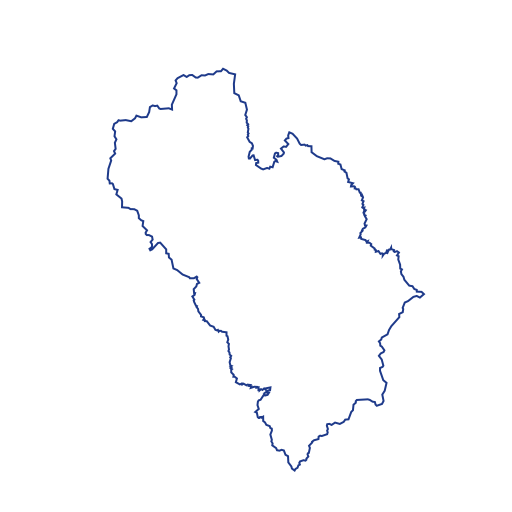 the district of Mae Taeng, Chiang Mai, Thailand, rotated 225°
{"feature_id": "78962969B22934256607694", "entity_name": "Mae Taeng", "entity_type": "district", "adm_level": 2, "iso_a3": "THA", "parent_name": "Thailand", "parent_adm1": "Chiang Mai", "projection": "robinson", "projection_center": [98.828, 19.19], "detail": "fine", "context": "isolated", "style": "outline", "palette": "blue", "viewbox_px": 512, "rotation_deg": 225, "n_neighbors": 0, "source": "geoboundaries", "source_scale": "gbopen_adm2", "svg_char_len": 6095}
<svg xmlns="http://www.w3.org/2000/svg" viewBox="0 0 512 512"><g transform="rotate(225 256 256)"><path d="M80.3,131.1L77.0,131.6L77.5,133.3L76.9,135.6L78.0,137.9L77.5,139.5L79.1,140.3L79.6,141.9L78.0,145.2L76.3,146.3L76.3,147.5L77.1,148.4L77.2,151.2L79.3,152.2L79.8,153.1L79.4,154.1L82.2,158.4L84.3,159.3L84.4,163.9L85.0,164.3L84.7,166.7L82.4,170.7L84.0,172.6L83.6,174.3L82.2,175.2L79.7,180.3L80.6,182.0L82.2,182.8L82.8,184.5L85.9,186.1L86.7,187.4L85.4,189.2L83.1,190.0L82.3,194.1L78.0,196.5L76.7,200.7L77.2,203.4L75.1,205.9L78.4,213.1L78.4,215.5L81.9,219.8L81.7,222.8L82.8,223.9L82.9,225.5L75.6,233.7L73.8,234.7L70.6,235.4L68.7,236.8L66.4,235.5L64.7,235.5L62.3,240.5L63.3,243.7L68.7,247.3L69.7,251.7L74.0,258.6L78.2,258.2L87.1,262.5L89.1,264.5L88.1,267.1L88.4,268.5L93.9,271.7L98.5,272.3L98.9,275.3L97.9,278.3L98.5,280.1L103.0,280.9L104.7,280.5L106.6,282.1L108.7,282.5L108.4,285.5L109.4,287.3L107.6,293.6L109.6,297.7L110.7,302.1L111.4,314.1L113.8,316.2L112.5,320.0L114.4,322.6L115.6,323.0L117.9,328.3L116.6,331.6L115.8,338.4L114.1,341.4L110.7,342.5L110.3,347.8L113.6,347.7L117.1,344.5L118.4,345.7L120.7,344.6L124.0,345.3L126.7,343.4L134.3,344.1L137.0,345.6L140.4,346.0L142.7,347.6L143.3,349.7L145.1,349.1L148.0,351.8L152.9,354.1L155.0,356.7L156.7,356.1L157.4,359.5L159.7,359.1L160.8,356.9L161.9,356.7L162.6,357.8L165.2,356.5L166.4,357.5L165.7,355.5L166.5,354.6L166.2,353.7L167.4,352.6L166.9,351.6L165.7,352.2L165.2,350.9L166.2,350.4L167.0,348.1L166.6,345.9L167.8,347.3L168.8,347.0L169.5,345.5L172.9,346.1L174.3,343.7L175.3,344.9L176.6,344.4L177.3,345.2L182.2,344.5L182.9,345.9L185.2,345.6L186.8,344.0L187.5,345.5L188.0,344.2L189.8,344.7L193.7,342.5L194.9,343.4L196.0,341.9L197.3,345.3L198.4,346.0L198.5,349.1L199.1,349.0L199.7,350.8L198.9,353.5L199.5,355.6L200.6,354.7L202.2,355.7L203.8,360.3L207.0,361.1L207.2,362.1L208.7,361.6L209.8,362.8L210.6,362.6L211.5,364.7L210.5,364.9L210.7,366.0L212.4,365.3L213.5,366.7L213.7,365.8L215.2,365.5L216.2,368.1L217.6,368.1L218.7,370.8L220.5,370.2L221.8,373.2L223.6,373.9L223.3,373.2L224.3,373.0L226.7,374.8L227.4,374.2L230.7,375.7L232.2,374.1L233.3,374.3L234.0,373.6L235.1,374.9L236.0,374.6L238.0,372.3L238.8,373.4L238.9,376.0L243.2,373.5L244.5,375.9L246.2,375.7L250.9,378.8L253.2,378.3L253.8,379.3L256.9,378.0L261.0,380.4L263.1,379.4L264.4,380.9L267.8,378.7L272.4,377.6L274.8,375.4L276.0,372.8L283.6,369.6L290.1,368.7L294.4,372.8L296.9,370.5L298.1,370.7L298.9,369.2L300.4,369.1L302.6,366.4L304.5,366.3L310.0,368.1L316.6,368.3L319.9,367.0L318.5,364.0L316.4,362.3L317.5,360.6L317.3,358.1L312.3,358.0L311.9,354.5L313.9,353.0L314.3,349.6L309.5,349.0L308.8,348.0L308.7,344.7L310.8,341.6L311.6,341.5L311.9,343.3L313.1,344.4L314.8,343.3L315.1,341.9L312.9,338.1L309.6,338.5L307.7,337.7L309.5,336.8L309.7,335.6L307.0,330.5L309.1,329.2L308.3,327.2L310.4,326.1L312.2,322.3L314.3,321.4L320.4,320.3L321.6,321.8L320.4,323.6L321.8,324.9L323.0,325.1L324.5,323.2L328.9,325.5L329.5,324.7L329.2,320.6L330.0,319.9L331.5,321.0L334.1,325.3L334.1,327.9L335.1,329.1L334.4,329.6L336.0,331.7L338.6,332.8L341.2,332.2L346.2,333.7L346.3,335.4L347.6,336.0L347.9,337.4L349.1,337.5L351.4,340.7L352.6,341.0L353.2,342.3L354.7,342.3L354.7,343.6L356.9,343.7L358.4,345.5L360.0,346.0L360.6,347.7L363.3,348.1L365.9,353.1L371.9,356.8L376.2,354.6L381.8,357.4L386.5,355.8L393.4,362.1L399.2,369.7L404.5,366.4L407.8,366.4L411.7,365.1L411.4,361.9L414.4,358.7L414.6,354.2L418.4,350.9L419.7,347.6L422.3,345.3L423.3,340.9L424.8,339.6L429.1,338.9L431.0,336.7L431.6,333.6L435.2,332.7L437.2,326.3L437.0,323.3L434.3,322.1L432.4,316.5L429.4,316.9L426.6,314.1L422.5,303.5L418.9,300.2L422.1,298.8L427.4,292.5L428.7,291.9L432.1,292.5L433.4,290.6L435.5,289.4L436.3,286.3L433.3,282.2L431.5,277.1L435.2,272.9L439.8,270.7L438.9,267.8L439.5,263.1L444.2,260.0L447.7,255.7L449.2,254.8L448.8,252.4L449.7,249.2L447.2,244.7L443.7,244.5L440.7,240.6L437.2,239.8L435.9,236.3L431.0,232.5L430.6,229.8L428.0,228.8L428.1,222.1L425.9,221.1L422.0,213.3L415.6,205.7L412.9,205.6L410.7,203.9L409.2,205.6L408.1,205.7L403.4,203.2L400.6,204.9L398.3,200.8L391.7,201.5L389.2,199.9L385.2,195.7L380.2,199.9L377.9,200.4L375.2,203.0L372.0,204.0L367.6,201.9L365.6,199.9L362.4,200.1L360.4,201.0L357.4,197.0L351.2,197.1L350.6,194.5L349.5,193.6L348.0,193.6L346.5,195.1L343.2,196.2L340.7,194.5L340.4,191.3L338.1,190.9L336.4,189.5L336.0,188.1L336.4,185.8L334.8,185.3L334.1,187.3L334.5,195.9L333.2,197.7L324.2,197.2L321.4,194.4L319.3,195.8L316.5,193.4L313.1,193.7L305.6,188.8L301.8,190.3L294.8,191.0L288.2,193.8L287.0,193.5L284.2,196.3L283.4,199.5L282.5,199.5L281.7,197.8L277.2,196.9L278.0,194.5L276.7,192.3L276.6,188.5L273.4,185.9L272.8,186.6L271.9,185.0L272.4,182.4L268.7,181.5L268.7,180.6L267.3,179.8L263.3,178.4L262.3,178.8L262.0,177.9L259.6,177.6L257.6,176.1L253.2,175.5L252.2,174.4L249.6,175.7L248.5,175.2L248.1,173.6L246.7,174.5L246.1,173.8L244.7,175.1L239.3,174.4L235.9,176.0L232.5,175.1L231.0,175.8L230.7,176.8L228.9,176.1L228.9,177.3L227.8,178.3L226.5,178.4L222.9,181.2L220.5,178.8L219.4,179.1L216.5,177.2L215.3,174.7L213.0,174.7L211.6,172.7L209.0,170.8L208.3,169.3L206.5,169.0L205.0,167.7L202.9,167.8L202.6,166.1L201.5,166.0L199.6,162.3L196.8,160.5L195.5,161.0L195.7,159.5L194.5,159.7L194.5,158.7L193.0,159.0L193.1,158.0L191.2,156.2L187.8,156.2L186.6,154.7L186.0,155.5L182.9,155.9L181.0,152.5L176.6,153.8L175.9,155.8L174.9,155.3L174.6,156.9L171.3,157.8L171.1,159.0L168.9,160.7L168.9,159.3L167.1,160.6L166.4,159.1L164.7,162.4L162.9,164.0L162.5,163.3L161.4,165.0L159.6,163.1L159.3,163.7L158.4,163.1L158.3,165.4L156.7,165.9L156.6,168.1L154.5,168.3L155.5,169.3L152.9,173.3L151.2,171.1L152.3,169.6L152.8,166.1L150.2,168.5L149.6,166.0L150.9,163.8L152.5,164.3L151.1,157.5L152.0,155.9L151.7,154.4L149.5,151.6L145.9,149.8L146.2,145.2L144.6,145.8L140.8,143.3L139.5,143.4L138.9,144.1L139.3,144.9L138.1,146.3L137.6,146.0L137.3,147.4L134.2,144.4L132.0,144.7L129.3,143.9L126.0,145.4L124.2,144.5L122.8,145.1L121.3,143.8L119.6,139.9L114.8,137.2L114.1,135.8L111.7,135.2L110.6,133.6L105.9,134.4L103.8,133.5L101.7,135.0L100.9,137.0L98.8,138.2L94.6,136.3L91.8,137.1L87.2,132.9L82.2,132.2L80.3,131.1Z" fill="none" stroke="#1e3a8a" stroke-width="2"/></g></svg>